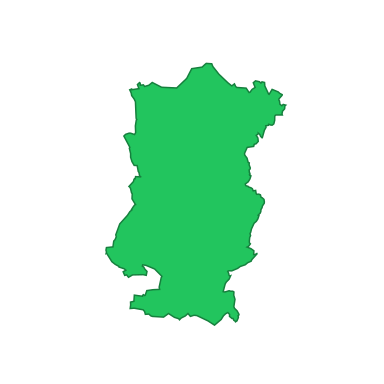 Newbridge Lea-6, Kildare, Ireland, rotated 33°
{"feature_id": "5873133B31018509161138", "entity_name": "Newbridge Lea-6", "entity_type": "district", "adm_level": 2, "iso_a3": "IRL", "parent_name": "Ireland", "parent_adm1": "Kildare", "projection": "mercator", "projection_center": [-6.718, 53.161], "detail": "fine", "context": "isolated", "style": "filled", "palette": "green", "viewbox_px": 384, "rotation_deg": 33, "n_neighbors": 0, "source": "geoboundaries", "source_scale": "gbopen_adm2", "svg_char_len": 3697}
<svg xmlns="http://www.w3.org/2000/svg" viewBox="0 0 384 384"><g transform="rotate(33 192 192)"><path d="M133.4,78.0L132.5,81.7L124.6,88.7L125.7,99.6L122.5,113.1L109.5,120.7L99.0,121.8L97.7,125.9L94.8,129.3L92.9,128.6L90.5,130.6L89.2,128.9L88.4,128.8L87.7,131.6L91.2,134.2L85.6,139.2L85.2,138.6L84.1,140.2L87.0,142.0L88.9,144.0L92.8,145.5L95.4,147.1L105.0,160.6L106.3,161.4L106.1,162.0L108.5,167.4L112.4,172.9L112.5,175.1L108.5,176.1L107.2,176.9L104.9,179.8L104.4,182.2L115.6,188.4L115.6,189.4L119.6,193.2L121.6,196.3L125.1,199.2L129.0,201.2L131.6,199.7L135.8,204.1L136.9,204.5L139.4,207.2L141.2,207.0L136.3,209.8L137.1,211.9L136.5,212.2L136.5,213.1L137.2,215.1L136.1,221.7L137.4,221.9L138.6,222.6L141.7,225.6L142.8,226.0L145.4,230.4L151.4,233.3L151.0,233.7L150.8,236.1L150.8,239.7L151.3,239.8L150.6,242.3L150.6,246.6L148.8,258.1L151.4,269.4L152.9,270.9L153.4,273.8L153.1,275.8L155.6,281.1L150.5,285.2L151.5,287.6L153.0,289.0L153.4,290.2L153.6,289.8L162.8,294.1L167.0,294.5L171.1,294.2L171.6,294.7L177.0,293.3L179.1,293.6L177.7,296.4L181.0,298.6L182.3,297.1L185.2,298.1L187.3,293.9L196.1,287.9L199.0,286.8L197.5,283.1L194.5,282.4L192.3,281.2L190.8,281.3L190.3,280.0L193.2,278.6L202.6,276.9L212.7,279.1L212.8,280.5L216.3,289.7L217.9,291.3L212.6,295.1L207.8,299.3L209.0,304.2L208.7,304.6L207.1,304.6L206.9,305.8L207.3,306.4L199.8,309.9L202.8,315.3L200.4,317.8L202.1,320.2L203.6,323.4L206.7,321.0L215.2,317.4L217.4,318.1L219.5,320.0L222.3,317.9L225.0,318.3L226.6,317.9L236.3,312.4L238.5,306.7L245.5,306.7L249.9,305.5L251.1,306.0L251.6,303.5L253.9,299.6L254.8,296.1L258.4,297.2L260.8,294.3L263.3,293.0L275.6,291.4L283.4,291.4L285.9,283.0L285.8,278.7L286.5,275.8L287.7,273.6L290.2,274.2L291.2,275.9L294.5,276.3L295.4,275.7L296.9,276.8L298.4,276.8L299.2,277.2L299.9,275.6L299.4,272.7L299.1,271.7L298.0,270.8L298.3,269.6L298.0,269.0L294.5,267.1L291.0,266.4L289.5,265.3L286.5,258.6L283.2,255.8L281.6,253.0L280.3,253.0L278.6,254.1L276.9,254.6L274.0,258.0L272.4,258.6L269.9,251.0L269.8,248.9L270.6,244.8L270.0,241.2L269.5,241.9L268.3,241.6L267.1,240.3L265.2,239.1L265.9,237.9L268.3,236.5L271.9,231.2L273.0,228.2L276.3,224.0L277.2,221.0L279.3,217.8L279.0,216.2L280.2,208.5L279.9,208.3L279.0,210.0L277.8,210.9L275.9,207.6L272.3,207.4L268.2,208.2L269.0,206.8L269.2,203.7L267.9,203.4L266.9,202.1L265.1,198.6L264.9,196.7L263.3,195.3L263.1,193.6L262.0,190.6L261.1,184.4L261.9,181.6L261.9,178.8L261.0,175.3L260.1,175.4L260.7,172.6L260.4,171.0L259.4,169.2L259.3,167.0L258.7,165.4L258.7,162.1L258.1,160.9L256.4,159.0L254.0,158.6L252.8,158.8L250.9,157.1L249.2,157.4L247.5,158.7L246.7,158.4L244.5,156.0L242.7,157.7L240.9,156.4L239.5,156.3L236.5,157.0L235.9,156.7L233.8,157.4L233.2,157.1L232.3,156.2L233.6,152.9L233.5,149.6L232.6,146.3L231.3,146.0L231.2,146.5L230.8,146.3L230.4,144.7L229.6,144.5L227.9,142.4L228.2,141.3L227.8,140.1L225.0,138.0L224.2,136.4L222.9,136.5L219.7,133.6L216.1,132.3L215.0,130.9L214.0,124.5L218.9,120.2L218.2,118.1L219.5,116.6L220.0,113.5L217.8,110.8L215.0,109.5L216.0,106.8L215.8,106.6L217.5,106.8L219.1,107.9L221.1,108.4L221.4,108.2L219.1,100.8L218.9,97.5L217.8,96.3L219.8,94.4L219.5,93.4L221.8,92.9L222.9,92.2L223.5,90.3L222.3,86.8L220.2,83.5L220.1,82.3L220.7,81.5L225.8,78.2L225.0,77.6L223.9,74.9L224.4,71.8L223.0,69.2L223.3,68.1L220.8,68.9L220.4,70.7L217.9,70.5L215.9,68.1L214.7,67.5L214.2,66.6L214.9,61.8L214.6,61.2L211.9,61.5L209.8,61.1L203.3,62.3L203.5,68.1L203.0,68.2L195.3,63.4L193.2,60.6L190.7,61.5L190.5,63.1L188.4,62.8L184.7,64.2L183.9,67.0L188.0,69.9L186.5,73.2L186.3,76.8L185.7,77.5L180.8,75.4L172.5,80.0L171.1,79.7L168.7,78.2L167.6,81.3L166.8,81.3L162.9,80.9L150.5,78.6L141.1,75.4L138.7,73.7L133.9,76.4L133.4,78.0Z" fill="#22c55e" stroke="#15803d" stroke-width="1.5"/></g></svg>